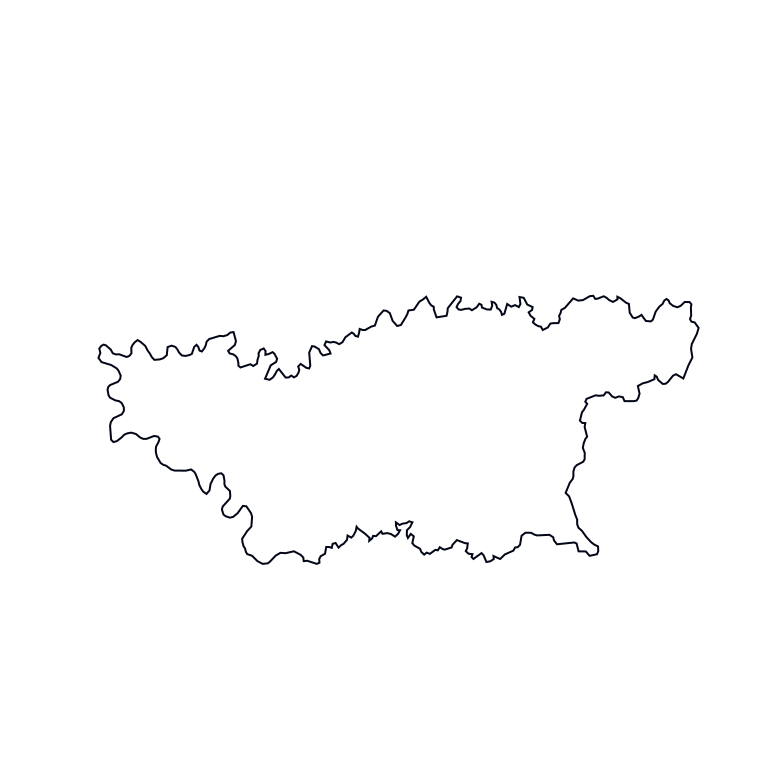 outline of Cruz Machado, Paraná, Brazil, rotated 28°
{"feature_id": "56859067B73120283619986", "entity_name": "Cruz Machado", "entity_type": "district", "adm_level": 2, "iso_a3": "BRA", "parent_name": "Brazil", "parent_adm1": "Paraná", "projection": "natural_earth1", "projection_center": [-51.253, -25.895], "detail": "fine", "context": "isolated", "style": "outline", "palette": "ink", "viewbox_px": 768, "rotation_deg": 28, "n_neighbors": 0, "source": "geoboundaries", "source_scale": "gbopen_adm2", "svg_char_len": 6165}
<svg xmlns="http://www.w3.org/2000/svg" viewBox="0 0 768 768"><g transform="rotate(28 384 384)"><path d="M396.3,578.1L399.2,576.1L409.1,574.4L410.9,572.1L409.0,569.0L408.9,565.8L411.6,561.6L409.5,555.0L412.3,553.6L414.8,553.2L413.7,549.2L415.9,547.1L420.7,549.8L421.8,546.4L423.3,544.2L424.5,539.0L423.0,534.9L427.2,535.0L428.1,532.4L428.1,527.2L426.8,522.9L428.9,523.8L437.5,525.1L443.4,526.6L444.6,529.4L446.0,526.0L445.7,523.2L448.4,522.1L450.7,515.4L453.0,517.0L456.9,514.1L460.7,513.2L465.4,513.6L466.8,509.6L466.8,505.6L464.5,506.7L461.1,503.5L459.5,500.6L464.0,501.2L465.8,498.7L469.1,496.3L470.7,493.4L474.0,492.8L474.2,498.1L472.9,502.3L475.1,506.8L477.4,508.7L478.0,503.8L481.8,504.5L483.7,511.2L486.5,512.4L493.2,512.6L495.9,514.8L499.6,515.8L500.8,512.9L504.3,512.4L507.2,506.3L509.6,505.6L509.9,501.9L513.1,502.2L515.3,501.8L520.4,496.6L520.0,493.7L521.6,487.6L530.3,486.5L532.8,485.4L534.6,490.1L534.6,493.1L538.1,494.2L542.0,492.7L542.5,495.6L545.1,496.5L549.5,487.5L552.4,488.5L558.0,493.1L561.1,490.6L563.1,487.1L561.4,484.5L568.7,484.0L570.7,477.8L576.5,470.3L576.5,466.8L578.7,465.3L579.6,462.1L576.7,453.4L578.7,448.9L583.8,446.3L587.4,446.4L590.3,445.8L600.9,439.5L605.4,439.9L607.5,442.3L612.0,444.3L626.4,434.6L628.9,434.4L634.4,440.4L640.8,437.1L646.2,439.2L652.0,434.3L651.6,430.9L649.2,426.9L645.2,427.1L641.0,426.4L634.5,424.1L627.7,420.7L623.1,419.6L620.4,417.1L618.1,412.9L614.5,409.9L605.8,401.3L600.2,396.3L595.5,394.9L594.4,383.9L595.2,379.2L594.5,376.4L592.3,372.4L591.5,368.4L592.2,365.3L596.4,359.1L596.5,356.3L593.6,350.6L589.5,347.0L588.1,342.3L587.6,338.0L588.1,335.2L581.3,327.7L580.1,324.0L577.3,325.3L574.2,324.4L572.1,316.1L572.6,313.0L572.7,306.1L570.1,305.2L569.8,302.1L576.0,294.8L579.7,293.3L583.3,290.9L583.9,287.1L586.4,286.0L591.3,287.9L594.7,287.6L597.2,284.7L601.0,283.5L604.4,286.2L612.5,281.9L614.8,280.1L615.1,277.2L614.2,272.6L609.1,266.6L612.0,262.1L616.1,258.3L620.5,252.8L619.0,249.3L621.4,249.5L624.1,251.7L630.1,253.1L632.6,251.5L633.7,249.0L635.3,240.9L637.2,238.3L645.7,238.6L644.0,224.3L643.9,215.9L638.6,208.8L637.0,204.2L636.7,192.9L635.5,186.8L629.4,183.8L626.1,184.6L623.7,183.0L623.1,179.4L618.9,172.1L618.0,169.3L615.4,168.2L611.0,170.4L609.2,175.8L607.0,178.5L602.6,179.3L598.3,178.5L596.0,176.6L593.5,176.3L592.3,178.8L592.4,182.5L590.8,186.4L589.9,192.5L591.2,200.9L590.3,203.4L585.6,205.4L578.9,202.1L577.4,204.8L574.6,208.1L572.3,208.5L567.5,205.7L562.6,198.3L559.4,198.6L552.5,197.3L549.1,197.4L550.4,199.7L547.7,204.0L543.4,204.2L540.1,203.4L536.8,203.4L532.7,208.2L530.6,209.7L527.4,207.9L524.5,209.8L520.3,216.5L516.3,219.2L510.8,219.6L508.0,231.8L505.8,235.2L506.6,238.5L506.6,241.6L508.9,244.4L509.4,248.3L504.6,251.0L502.5,252.6L502.1,257.2L498.8,261.8L495.7,259.7L493.0,260.5L489.6,260.4L486.5,259.6L486.2,255.9L481.2,254.9L478.1,252.8L480.0,249.1L479.1,246.3L473.2,246.6L466.9,242.3L462.8,243.6L466.9,249.3L466.9,252.8L462.7,252.8L460.0,256.0L455.2,255.5L457.3,265.5L455.7,267.6L453.6,265.4L450.7,264.0L448.3,263.9L446.0,261.4L443.3,260.3L440.4,260.9L442.8,264.0L443.3,268.2L439.7,269.9L434.6,270.5L432.9,268.3L430.4,268.4L429.8,272.8L427.0,277.6L423.9,277.3L420.2,279.7L417.4,282.3L414.8,283.2L411.9,282.0L411.8,278.5L412.6,274.9L411.5,271.6L407.4,272.3L404.7,287.1L406.2,290.6L407.2,294.4L399.1,300.5L393.0,294.8L391.6,292.4L388.8,292.4L385.8,291.0L380.3,287.2L378.8,290.9L376.6,294.6L375.5,304.4L371.1,307.6L371.8,311.5L371.8,315.1L371.2,324.0L368.4,326.6L362.0,324.2L355.9,318.7L351.9,318.2L349.1,319.3L347.1,327.5L348.5,336.7L345.8,339.3L342.1,345.1L340.0,346.3L336.7,346.8L337.9,350.3L338.8,354.4L336.2,355.0L333.9,353.9L331.4,353.6L328.0,360.8L327.7,366.6L325.7,369.9L322.0,369.9L319.4,370.7L317.1,372.6L312.9,373.6L313.2,377.6L319.9,379.9L322.5,382.2L316.8,387.4L313.4,386.4L310.2,383.8L305.3,383.5L302.7,384.3L303.2,391.4L310.3,402.4L310.6,405.4L307.9,406.2L301.0,405.4L300.0,408.8L302.5,411.2L303.2,414.3L303.0,417.9L301.4,420.4L298.1,420.1L296.8,422.9L294.1,424.5L284.1,420.1L283.2,422.9L283.3,426.8L282.8,430.5L281.0,434.0L276.5,435.2L275.2,420.7L278.4,415.2L277.8,411.9L273.0,408.7L270.6,408.2L268.5,411.2L265.6,413.9L263.9,410.5L261.1,409.1L258.8,412.0L258.8,415.7L260.2,417.9L261.0,422.2L262.3,425.6L260.1,429.5L256.7,429.3L249.5,436.8L246.9,436.2L245.4,433.6L242.5,430.2L240.1,429.0L236.9,428.6L233.3,429.5L230.8,427.9L234.0,419.6L233.2,415.7L226.8,408.8L224.1,410.8L222.7,414.3L219.8,417.2L216.4,418.6L208.5,426.4L207.5,430.0L208.4,433.2L208.6,436.8L207.9,440.8L205.4,441.1L202.7,438.5L200.1,437.4L199.0,440.4L200.2,447.6L198.6,449.8L195.6,452.4L192.0,453.7L188.2,452.4L185.2,450.4L182.4,449.2L178.4,449.9L175.6,453.0L178.7,460.6L176.9,465.0L174.4,467.6L169.9,470.5L166.0,469.1L163.1,467.1L159.4,465.3L155.4,462.5L149.4,461.1L145.8,460.9L144.3,464.3L143.7,467.2L143.8,470.5L146.6,475.5L145.9,478.9L144.0,481.0L136.2,482.1L133.3,483.8L130.1,484.2L126.6,481.9L120.3,480.4L117.9,480.9L116.4,483.3L116.0,486.4L119.0,489.8L119.6,495.0L124.3,497.3L134.2,495.3L140.5,495.7L143.2,496.8L147.6,500.2L148.7,503.4L148.1,506.9L142.6,513.6L141.9,516.3L142.6,518.8L146.0,523.2L148.6,524.7L154.5,524.6L158.1,523.5L161.4,524.0L165.2,526.7L166.9,529.7L166.8,533.7L161.2,541.2L160.7,546.0L161.8,549.6L169.2,561.3L172.4,562.3L174.9,559.9L177.3,554.6L178.4,550.8L180.6,548.0L183.7,545.6L188.4,544.6L193.9,545.7L197.2,545.5L200.1,543.9L205.4,537.8L209.1,536.6L211.6,537.8L212.2,541.7L212.1,546.1L213.2,548.9L215.0,551.9L217.9,555.0L223.8,558.6L227.1,559.0L229.9,558.4L236.4,559.4L239.9,558.7L249.8,553.5L253.8,550.0L257.8,550.7L259.9,551.9L265.8,557.0L268.6,560.1L272.1,562.5L274.8,563.9L278.9,564.4L279.9,559.8L277.8,553.8L277.6,547.7L278.2,543.9L279.7,541.2L282.3,539.2L285.2,540.0L288.5,544.2L290.2,547.5L292.1,549.1L298.2,550.8L300.9,555.1L301.7,557.6L299.1,567.9L299.8,570.9L303.5,574.6L306.1,575.1L310.6,574.4L313.1,572.3L315.4,566.9L316.6,557.9L319.9,556.6L327.3,560.5L329.9,563.2L333.8,572.1L332.2,578.3L331.4,587.3L333.3,590.1L336.1,593.1L338.6,594.5L340.9,597.1L343.1,598.4L348.2,597.6L355.3,599.8L361.3,599.8L365.6,596.9L366.7,594.4L368.9,586.4L371.8,581.7L376.5,579.6L383.0,574.0L390.8,574.0L394.2,575.1L396.3,578.1Z" fill="none" stroke="#020617" stroke-width="2"/></g></svg>